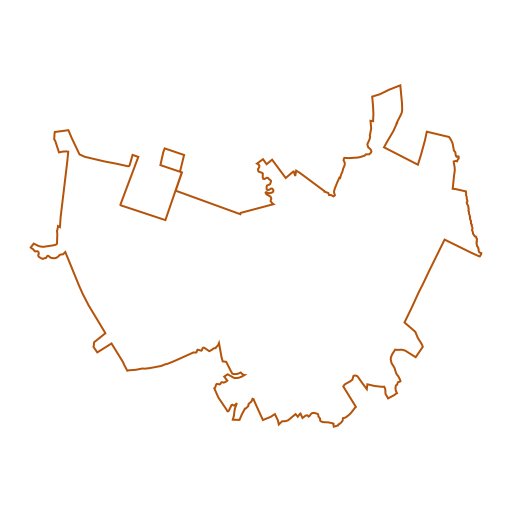 Podu Iloaiei, Iasi, Romania (orthographic projection)
{"feature_id": "2599482B47380888133055", "entity_name": "Podu Iloaiei", "entity_type": "district", "adm_level": 2, "iso_a3": "ROU", "parent_name": "Romania", "parent_adm1": "Iasi", "projection": "orthographic", "projection_center": [27.271, 47.215], "detail": "fine", "context": "isolated", "style": "outline", "palette": "amber", "viewbox_px": 512, "rotation_deg": 0, "n_neighbors": 0, "source": "geoboundaries", "source_scale": "gbopen_adm2", "svg_char_len": 6057}
<svg xmlns="http://www.w3.org/2000/svg" viewBox="0 0 512 512"><path d="M97.3,352.4L111.5,343.5L122.9,361.9L124.4,365.3L127.3,370.7L128.9,370.3L135.7,369.8L142.5,368.5L144.8,368.7L149.7,368.1L161.0,366.0L164.7,364.5L167.6,363.8L174.0,361.2L193.6,352.4L195.9,352.6L196.4,352.4L197.3,350.0L197.7,349.7L201.3,350.7L201.9,350.2L202.6,348.2L203.2,347.7L204.0,347.7L204.6,348.0L209.3,351.2L211.9,349.8L213.2,348.7L214.3,348.2L215.4,348.2L215.7,348.0L216.3,347.0L218.1,345.3L219.0,343.1L221.5,357.1L222.7,361.4L226.2,361.8L230.9,371.2L232.4,373.7L233.8,374.1L237.0,374.0L238.5,373.5L240.7,372.5L242.5,374.2L243.7,374.9L244.5,375.0L242.0,376.5L238.4,377.9L234.4,378.1L227.7,374.3L224.2,376.6L227.3,380.6L225.6,381.9L223.8,382.6L221.8,382.2L221.0,382.8L220.3,384.0L219.7,384.4L216.9,383.9L216.5,384.1L215.9,385.2L215.2,387.5L214.3,388.3L218.4,397.6L226.0,408.8L227.4,411.2L227.8,411.4L228.2,411.3L228.9,410.5L231.5,405.1L232.4,404.7L233.5,405.4L234.1,405.5L234.8,405.2L236.3,403.7L236.6,403.9L234.9,408.6L234.5,410.8L233.9,415.8L232.8,419.7L239.5,419.9L241.8,414.5L244.3,409.8L244.8,408.7L245.5,408.7L248.4,406.0L248.4,404.4L249.3,403.3L251.3,401.6L252.1,400.1L252.5,398.8L253.5,399.1L254.9,402.5L262.9,420.0L270.6,416.9L274.9,414.1L277.9,420.4L278.8,424.5L282.1,421.3L285.4,421.2L288.1,420.3L295.6,414.1L297.8,416.7L300.1,413.7L300.5,413.5L302.5,418.0L305.6,415.6L306.1,415.4L307.5,415.4L308.6,416.6L309.7,415.8L310.7,414.3L311.5,413.5L312.6,413.0L314.1,412.9L317.1,413.7L318.0,414.2L318.3,415.1L318.4,416.4L320.0,418.5L320.1,420.1L320.4,420.9L321.0,421.4L322.8,422.1L328.5,422.4L333.0,423.4L333.6,423.9L333.4,424.6L333.8,426.7L338.1,425.4L338.3,424.7L338.6,424.3L339.3,424.1L341.2,422.5L342.5,420.8L342.7,420.3L342.9,418.2L345.4,417.6L348.5,415.3L350.7,413.2L352.6,410.9L355.1,407.6L355.9,406.9L343.3,386.5L344.5,384.7L345.7,383.8L350.3,381.3L352.3,379.8L353.5,375.9L354.2,375.6L356.0,375.6L357.1,376.1L357.7,376.6L362.4,383.3L366.8,389.1L367.4,384.3L374.7,386.0L381.9,386.8L384.2,386.7L385.2,389.0L385.4,390.7L385.4,392.6L385.7,394.4L387.3,396.9L388.1,398.4L394.2,395.1L396.0,393.7L397.0,393.2L395.8,390.6L395.6,389.4L395.5,388.1L395.8,385.7L396.3,385.1L397.2,384.6L397.5,383.2L397.9,382.3L400.0,381.6L400.5,381.1L399.9,379.4L398.3,376.3L396.8,374.4L396.0,372.8L394.5,367.9L391.5,363.0L390.7,359.4L390.9,357.4L392.1,354.4L395.2,349.6L396.9,349.9L401.7,349.7L405.0,350.5L415.7,357.2L422.8,346.8L422.0,344.7L420.4,341.9L419.1,340.0L417.7,337.6L415.3,331.8L404.5,322.5L412.0,307.0L418.8,292.1L422.3,285.3L429.6,270.0L444.6,239.6L471.4,252.8L479.1,256.3L479.8,256.4L481.0,254.4L481.3,253.1L479.4,252.4L479.0,251.8L478.5,250.1L478.7,249.3L478.2,248.2L478.2,247.5L477.1,246.1L476.8,244.3L476.5,243.6L476.7,242.9L476.5,242.2L476.9,241.7L476.7,241.3L477.0,238.9L476.4,238.1L476.2,236.9L475.8,236.5L475.0,236.5L473.0,233.7L472.9,232.3L472.0,229.8L472.5,228.7L472.2,227.0L471.7,225.8L471.8,224.5L471.2,224.0L471.0,223.5L471.0,221.6L470.8,221.2L470.9,220.5L470.2,219.5L469.9,217.9L470.1,217.6L469.9,216.9L470.0,216.5L468.9,213.2L469.0,211.8L468.4,210.6L468.8,209.4L468.3,207.9L468.5,207.1L467.8,205.0L467.2,204.2L466.7,202.3L467.2,201.9L467.4,201.0L466.8,198.7L466.6,196.7L466.0,194.9L466.2,193.2L465.9,192.6L465.9,191.4L455.7,189.1L452.7,188.8L454.0,176.1L454.8,170.2L454.6,167.0L453.9,163.3L453.7,161.5L455.9,160.9L457.0,161.3L457.8,159.6L458.6,158.6L458.7,157.8L458.5,157.3L458.6,156.6L458.2,156.3L457.9,156.3L457.6,156.8L456.9,156.9L456.0,156.1L455.7,154.9L455.4,152.7L455.3,152.2L453.9,150.5L452.9,144.8L452.4,142.9L450.7,139.3L449.1,137.0L426.8,131.7L425.0,140.1L421.1,154.4L417.9,164.7L384.0,147.3L387.1,141.7L393.3,131.2L396.7,123.7L396.9,123.4L396.6,123.3L397.7,120.9L400.9,114.7L401.8,112.4L402.2,109.9L402.0,103.5L400.3,85.3L389.1,89.7L379.7,94.3L372.2,96.6L373.0,105.6L373.4,113.6L373.1,121.2L370.5,120.8L371.2,128.4L369.8,135.8L370.1,136.9L369.7,138.8L368.4,142.0L367.6,143.5L367.4,144.8L368.3,147.5L369.5,148.3L371.0,150.0L371.4,151.6L371.0,152.6L369.2,154.3L365.7,154.4L364.7,155.6L360.1,157.1L357.1,157.6L348.9,158.1L344.3,157.9L343.7,159.4L343.6,160.3L344.5,162.1L344.8,163.4L344.7,164.7L344.4,165.9L343.3,168.3L342.3,172.0L341.3,174.1L340.1,178.0L339.4,177.7L337.2,182.5L334.8,188.6L334.0,191.5L334.1,192.7L334.9,195.3L333.4,196.4L331.3,195.1L329.6,195.0L329.1,195.1L328.3,193.0L324.4,191.6L324.5,191.2L300.3,173.2L296.2,170.6L295.2,176.0L293.7,171.5L293.1,171.7L285.7,178.0L272.1,159.7L266.6,164.2L263.0,159.2L257.0,163.6L258.2,164.2L259.3,165.4L259.2,167.2L258.0,169.2L258.1,170.5L258.6,171.6L262.0,172.8L262.8,173.5L262.7,177.2L263.1,178.7L264.3,179.1L266.7,177.8L268.0,177.9L268.8,179.0L270.7,180.4L270.9,180.8L271.0,181.4L270.1,184.1L268.9,184.8L267.2,185.4L267.0,185.7L266.7,186.3L266.6,188.4L266.7,189.2L267.1,189.8L267.5,190.0L268.3,190.0L269.5,189.6L271.1,188.5L272.3,188.7L273.3,190.0L273.4,190.7L273.1,191.7L272.3,192.4L271.3,192.8L268.9,193.3L266.7,192.2L266.0,192.2L265.6,192.7L266.1,193.8L267.5,195.0L270.4,196.5L271.3,198.3L271.2,199.1L270.7,200.4L270.6,201.1L272.1,203.1L273.5,204.2L241.0,212.8L240.6,212.9L240.3,214.2L175.7,190.7L182.0,172.4L180.0,171.6L184.1,155.0L164.7,148.4L163.3,152.1L160.4,165.1L181.3,172.2L181.7,172.6L165.4,220.1L120.7,205.3L120.4,205.0L120.5,204.4L138.3,156.9L132.6,154.9L129.6,165.3L129.0,166.1L127.7,166.2L116.9,163.8L104.3,161.4L84.8,156.8L79.5,154.4L71.7,138.0L68.4,130.2L54.8,132.0L54.5,134.0L54.2,139.3L55.2,140.8L59.0,152.4L62.8,151.6L66.5,151.4L68.2,151.7L67.4,160.5L60.7,216.4L59.9,227.1L58.0,226.1L57.9,227.3L57.0,231.1L57.3,233.7L57.0,243.7L56.5,244.3L55.1,244.9L52.9,245.4L43.6,246.8L40.9,246.6L38.6,246.0L33.7,243.6L30.7,247.5L31.3,248.1L32.9,249.1L35.0,251.4L37.2,251.2L37.8,251.4L38.4,252.0L38.8,253.3L38.8,253.8L38.2,255.0L38.5,256.3L39.3,257.2L42.6,258.9L43.1,258.9L44.5,258.1L45.5,258.1L46.1,257.9L47.0,256.3L47.8,255.8L48.7,256.1L50.5,257.6L51.7,258.0L54.6,258.3L56.2,257.8L56.9,257.5L58.8,256.0L59.1,255.4L60.4,254.6L63.0,254.3L65.3,252.0L79.4,286.5L82.8,294.1L88.7,305.5L105.4,333.2L94.2,342.2L93.9,343.5L93.9,345.1L93.5,346.9L97.3,352.4Z" fill="none" stroke="#b45309" stroke-width="2"/></svg>